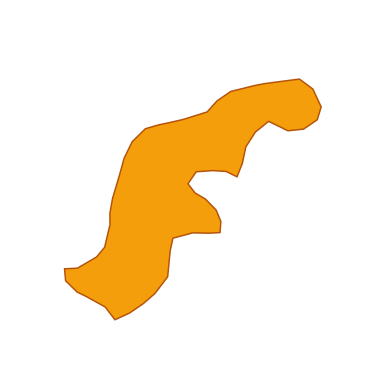 the district of Aloda, Cyprus, rotated 206°
{"feature_id": "46923920B29030775604089", "entity_name": "Aloda", "entity_type": "district", "adm_level": 2, "iso_a3": "CYP", "parent_name": "Cyprus", "parent_adm1": "", "projection": "orthographic", "projection_center": [33.828, 35.211], "detail": "fine", "context": "isolated", "style": "filled", "palette": "amber", "viewbox_px": 384, "rotation_deg": 206, "n_neighbors": 0, "source": "geoboundaries", "source_scale": "gbopen_adm2", "svg_char_len": 807}
<svg xmlns="http://www.w3.org/2000/svg" viewBox="0 0 384 384"><g transform="rotate(206 192 192)"><path d="M272.9,67.1L266.7,56.8L251.4,51.7L241.1,51.7L219.6,50.6L205.3,43.4L195.1,55.8L186.9,70.2L180.8,84.6L176.7,105.1L185.9,129.8L188.9,142.1L173.6,155.5L158.2,162.7L149.0,167.8L153.1,178.1L162.3,186.3L176.7,191.5L188.9,192.5L199.2,197.6L197.1,212.0L182.8,220.3L170.5,225.4L158.2,225.4L159.3,239.8L163.4,256.2L161.3,273.7L154.1,289.1L132.6,289.1L119.3,297.4L111.1,311.8L113.2,325.1L128.5,337.5L144.9,340.6L162.3,329.2L174.6,321.0L182.8,314.8L201.2,299.4L209.4,285.0L213.5,270.6L231.9,253.2L242.2,244.9L251.4,237.7L261.6,228.5L267.8,211.0L267.8,192.5L264.7,176.0L260.6,151.4L256.5,137.0L251.4,126.7L246.3,104.1L249.3,91.8L261.6,73.3L272.9,67.1Z" fill="#f59e0b" stroke="#b45309" stroke-width="1.5"/></g></svg>